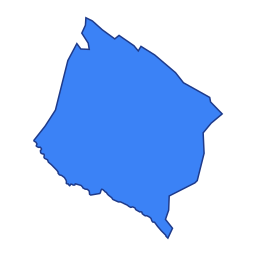 Bath, Virginia, United States of America (orthographic projection), rotated 273°
{"feature_id": "52423323B67165300016229", "entity_name": "Bath", "entity_type": "district", "adm_level": 2, "iso_a3": "USA", "parent_name": "United States of America", "parent_adm1": "Virginia", "projection": "orthographic", "projection_center": [-79.859, 38.055], "detail": "fine", "context": "isolated", "style": "filled", "palette": "blue", "viewbox_px": 256, "rotation_deg": 273, "n_neighbors": 0, "source": "geoboundaries", "source_scale": "gbopen_adm2", "svg_char_len": 1679}
<svg xmlns="http://www.w3.org/2000/svg" viewBox="0 0 256 256"><g transform="rotate(273 128 128)"><path d="M53.8,124.4L50.9,131.4L49.8,132.9L48.9,134.8L49.0,135.4L49.5,136.6L49.0,138.1L48.4,139.2L47.9,139.6L47.3,139.7L46.7,140.3L44.8,144.1L44.8,144.5L45.1,145.2L44.6,146.3L43.2,146.7L41.5,149.1L41.2,150.0L41.4,151.1L41.1,152.1L40.0,154.4L38.9,155.7L36.7,156.6L35.5,157.5L35.3,158.1L35.4,158.7L35.2,159.5L31.3,162.7L27.1,166.7L22.9,171.3L21.9,171.6L20.1,173.6L30.2,177.7L38.7,170.2L48.1,172.9L62.3,172.7L76.7,197.7L79.1,199.9L106.7,205.3L127.1,203.3L137.2,210.8L147.0,221.3L158.3,209.1L162.8,208.0L176.1,181.0L185.7,172.6L202.3,150.9L210.2,136.7L205.5,134.2L210.5,129.6L220.0,114.2L216.3,110.1L224.7,97.2L233.0,86.9L235.9,80.2L228.4,80.1L220.3,76.9L210.7,83.8L204.5,85.2L204.4,76.8L209.6,72.5L192.2,64.4L142.1,54.6L125.5,45.1L110.8,34.7L110.0,34.9L109.0,36.8L107.3,37.9L105.3,37.3L104.5,38.3L104.0,39.7L104.0,40.3L104.3,41.2L103.5,42.1L102.6,42.7L102.2,42.7L100.7,41.7L98.7,42.1L98.0,43.0L97.6,44.2L97.6,45.1L97.3,45.5L96.4,45.8L94.5,45.6L93.8,45.9L93.3,46.4L92.0,49.3L89.7,50.3L87.3,53.5L82.0,59.2L80.2,60.6L79.4,60.5L78.9,60.8L77.6,62.0L77.5,62.6L77.4,63.0L77.2,64.1L75.2,67.1L72.6,68.9L70.9,69.4L69.7,69.2L69.0,70.1L69.1,71.0L68.8,71.2L67.3,72.7L67.4,72.9L68.9,73.8L68.9,74.9L68.2,76.1L68.1,77.1L68.5,78.0L69.1,78.0L69.4,78.2L69.5,78.4L68.2,84.1L66.6,85.8L65.9,86.0L64.7,88.4L64.7,88.6L64.6,90.7L62.9,92.6L59.8,93.1L59.1,94.3L61.1,103.2L61.4,103.5L62.7,104.0L64.3,104.2L65.5,105.1L65.1,106.2L63.9,107.7L62.9,108.7L62.7,109.3L62.5,109.8L61.3,110.6L59.9,112.0L57.6,115.3L56.0,116.5L55.7,117.0L53.7,122.2L53.8,124.4Z" fill="#3b82f6" stroke="#1e3a8a" stroke-width="1.5"/></g></svg>